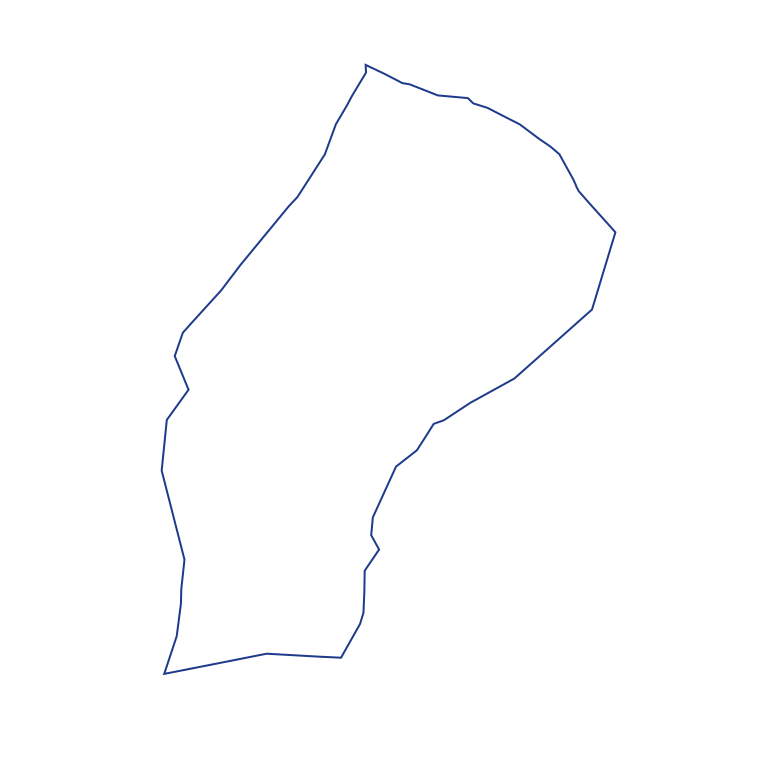 Ongon, Sühbaatar, Mongolia, rotated 187°
{"feature_id": "93677404B32966935897254", "entity_name": "Ongon", "entity_type": "district", "adm_level": 2, "iso_a3": "MNG", "parent_name": "Mongolia", "parent_adm1": "Sühbaatar", "projection": "natural_earth1", "projection_center": [112.987, 45.441], "detail": "fine", "context": "isolated", "style": "outline", "palette": "blue", "viewbox_px": 768, "rotation_deg": 187, "n_neighbors": 0, "source": "geoboundaries", "source_scale": "gbopen_adm2", "svg_char_len": 980}
<svg xmlns="http://www.w3.org/2000/svg" viewBox="0 0 768 768"><g transform="rotate(187 384 384)"><path d="M566.8,69.5L467.6,102.0L414.5,105.5L393.3,107.1L378.5,143.0L376.5,154.6L378.3,176.5L380.4,196.3L368.7,219.1L378.3,232.4L378.8,250.3L362.0,303.5L343.3,322.2L335.2,339.0L329.8,350.5L320.2,355.3L296.0,375.9L255.2,405.4L186.6,483.3L172.8,562.8L173.0,563.0L173.8,563.7L186.8,575.0L202.2,588.4L214.2,599.1L217.3,603.6L217.4,604.1L221.1,610.2L228.0,619.7L237.9,633.4L247.7,639.9L259.9,646.2L280.8,658.2L297.9,664.4L315.0,670.7L329.6,673.4L335.6,678.0L365.8,677.0L395.3,684.6L402.5,684.9L421.6,692.0L436.1,696.8L441.1,698.5L439.8,690.9L450.9,666.0L454.6,656.3L463.4,636.0L470.7,604.7L492.6,559.2L500.3,548.6L518.5,520.0L540.9,484.8L557.1,457.0L582.2,421.5L589.9,410.4L595.1,386.2L577.3,354.5L595.2,321.9L594.1,270.9L560.6,185.3L560.7,185.0L560.7,184.7L560.7,184.4L560.6,184.0L560.2,155.5L558.8,141.5L559.0,108.5L566.8,69.5Z" fill="none" stroke="#1e3a8a" stroke-width="2"/></g></svg>